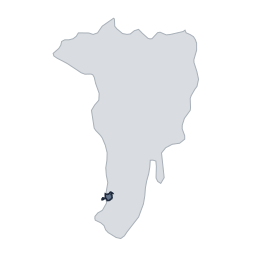 Villa Hermosa, La Romana, Dominican Republic (highlighted), rotated 88°
{"feature_id": "3306468B24610118168871", "entity_name": "Villa Hermosa", "entity_type": "district", "adm_level": 2, "iso_a3": "DOM", "parent_name": "Dominican Republic", "parent_adm1": "La Romana", "projection": "orthographic", "projection_center": [-69.03, 18.426], "detail": "fine", "context": "in_parent", "style": "filled", "palette": "slate", "viewbox_px": 256, "rotation_deg": 88, "n_neighbors": 0, "source": "geoboundaries", "source_scale": "gbopen_adm2", "svg_char_len": 3382}
<svg xmlns="http://www.w3.org/2000/svg" viewBox="0 0 256 256"><g transform="rotate(88 128 128)"><path d="M31.2,174.3L31.7,163.8L33.3,159.6L31.9,155.1L25.3,150.2L21.3,144.0L17.8,138.6L18.6,137.8L25.9,137.7L28.5,135.7L33.4,130.2L34.4,125.8L34.1,122.4L31.0,118.3L29.8,114.0L33.8,110.4L39.0,105.0L39.7,103.0L39.6,100.9L33.8,95.1L33.4,92.6L36.3,86.5L36.0,82.4L33.5,69.5L32.2,67.6L34.9,66.6L36.7,62.8L39.0,59.4L42.1,57.6L45.6,56.5L52.6,56.7L62.1,59.8L64.8,59.8L74.0,57.2L81.7,55.8L88.8,57.6L91.7,59.9L97.6,63.6L100.6,64.8L110.0,64.8L112.5,65.2L120.3,71.3L127.0,73.7L130.8,73.9L137.7,71.6L141.1,71.7L145.0,76.9L145.8,84.3L149.0,91.0L154.1,95.4L178.9,93.6L184.5,97.2L182.5,100.1L179.0,101.7L167.2,101.0L162.0,101.3L161.0,104.2L161.0,106.9L167.9,107.6L174.7,109.0L181.6,111.2L188.6,112.7L196.5,113.6L204.3,115.2L217.3,120.5L231.8,132.6L235.6,135.3L238.2,139.1L237.0,143.7L231.9,151.4L229.0,153.9L224.7,155.4L221.8,158.5L219.0,163.9L217.3,164.3L215.2,164.1L211.8,161.1L209.3,156.4L202.3,152.1L194.0,152.6L181.9,150.1L174.5,151.3L167.1,151.6L159.5,150.2L152.0,149.7L144.4,151.3L137.0,154.1L134.3,155.9L129.5,160.2L127.0,161.8L109.1,163.9L104.0,160.6L99.2,156.2L92.4,155.6L82.3,158.8L76.1,160.0L73.5,161.4L72.8,163.1L72.7,169.2L71.2,172.8L61.3,186.7L55.7,196.5L53.4,199.6L50.8,200.2L46.1,194.4L43.0,192.3L39.2,191.3L37.7,188.2L37.8,183.9L36.9,179.8L34.6,176.5L31.2,174.3Z" fill="#d9dde1" stroke="#a8b0b8" stroke-width="1"/><path d="M192.9,145.4L192.6,145.6L192.4,145.8L192.2,146.2L192.1,146.5L191.9,146.7L191.7,146.9L191.7,147.0L191.4,147.4L191.4,147.5L191.5,147.7L191.5,147.8L191.7,148.0L191.8,148.2L191.8,148.3L192.1,148.4L192.2,148.5L192.6,148.8L192.8,148.9L192.9,149.0L193.0,149.1L193.0,149.4L193.1,149.5L193.3,149.7L193.5,149.9L193.5,150.0L193.4,150.1L193.3,150.3L193.4,150.6L193.5,150.7L193.6,150.8L193.7,151.0L193.5,151.3L193.4,151.4L193.4,151.6L193.4,151.8L193.5,151.9L193.5,152.1L193.6,152.3L193.4,152.5L193.2,152.6L193.0,152.8L192.9,153.0L193.2,153.0L193.3,153.0L193.5,153.1L193.9,153.1L194.1,153.1L194.4,153.1L194.5,153.1L194.9,153.1L195.2,153.1L195.4,153.1L195.5,153.1L195.9,153.0L196.1,153.0L196.4,153.0L196.5,153.0L196.5,152.9L196.9,152.9L197.0,152.9L197.3,152.9L197.5,152.9L197.8,152.8L197.8,152.7L197.7,152.7L197.7,152.4L197.8,152.1L198.0,152.0L198.3,152.0L198.4,151.9L198.5,151.8L198.8,151.6L199.0,151.5L199.6,151.5L199.7,151.4L199.8,151.4L199.8,151.1L199.8,150.4L199.8,149.7L199.8,149.4L199.7,149.3L199.4,149.1L199.3,148.9L199.3,148.5L199.3,148.4L199.2,148.3L199.1,148.2L198.8,148.2L198.7,148.2L198.5,147.7L198.4,147.4L198.3,147.1L198.1,146.7L197.8,146.6L197.5,146.6L197.4,146.6L197.1,146.3L196.9,146.3L196.7,146.3L196.4,146.4L196.2,146.4L195.9,146.4L195.0,146.4L194.7,146.4L194.6,146.5L194.3,146.6L194.2,146.7L194.2,146.8L194.1,147.1L194.0,147.3L193.9,147.3L193.7,147.3L193.4,147.1L193.2,146.9L193.1,146.6L192.9,146.2L192.9,145.7L192.9,145.4ZM197.7,154.0L197.4,154.0L197.3,154.3L197.2,154.4L197.2,154.5L197.2,154.9L197.2,155.3L196.9,155.4L196.9,155.6L197.0,155.7L197.0,155.8L197.3,155.9L197.4,156.0L197.5,156.0L197.8,156.1L198.0,156.2L198.0,156.3L198.3,156.3L198.5,156.4L198.5,156.5L198.8,156.5L198.8,156.4L198.9,156.2L198.8,155.9L198.8,155.7L198.7,155.6L198.8,155.6L198.7,155.6L198.7,155.4L198.6,155.2L198.4,155.0L198.4,154.9L198.4,154.7L198.2,154.6L198.1,154.4L197.9,154.3L197.9,154.2L197.7,154.0L197.7,154.0Z" fill="#64748b" stroke="#1e293b" stroke-width="1.5"/></g></svg>